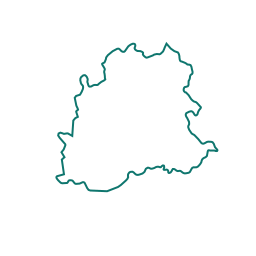 the Autonomous Community of Soria, rotated 325°
{"feature_id": "ESP-5845", "entity_name": "Soria", "entity_type": "Autonomous Community", "adm_level": 1, "iso_a3": "ESP", "parent_name": "Spain", "parent_adm1": "", "projection": "orthographic", "projection_center": [-2.461, 41.603], "detail": "fine", "context": "isolated", "style": "outline", "palette": "teal", "viewbox_px": 256, "rotation_deg": 325, "n_neighbors": 0, "source": "natural_earth", "source_scale": "10m", "svg_char_len": 4383}
<svg xmlns="http://www.w3.org/2000/svg" viewBox="0 0 256 256"><g transform="rotate(325 128 128)"><path d="M207.9,81.0L208.6,87.5L210.1,91.7L212.2,94.7L212.2,95.7L212.0,96.8L211.6,97.9L211.2,98.8L210.6,99.7L209.6,101.7L209.3,102.8L209.6,103.8L210.3,104.6L212.0,107.2L212.8,108.9L213.0,109.9L213.6,110.6L214.3,111.0L215.3,112.3L215.1,114.1L214.6,115.3L214.0,116.6L213.2,118.8L212.4,120.0L211.5,120.5L210.5,120.4L209.5,120.6L208.5,121.2L207.4,122.5L206.5,123.3L204.6,124.3L203.0,126.4L202.4,127.3L201.7,127.8L200.9,128.1L199.0,127.5L198.2,127.1L197.6,127.1L197.1,127.2L196.6,127.6L196.0,128.0L195.3,128.9L195.0,129.8L195.1,130.7L195.3,131.6L195.9,132.2L196.5,135.9L196.3,140.6L196.7,142.7L197.3,144.3L198.0,145.1L198.6,146.0L198.9,147.2L199.6,152.8L199.1,153.3L198.2,153.7L197.2,153.9L196.3,154.2L194.6,155.1L192.9,156.5L192.0,156.8L191.2,156.8L190.5,156.4L190.2,155.6L190.2,154.7L190.3,153.6L190.3,152.5L190.1,151.6L189.7,150.8L189.0,150.3L187.3,149.7L184.3,149.3L183.2,149.9L182.6,150.8L182.3,151.8L182.2,152.8L182.2,153.8L182.0,155.0L181.5,158.0L180.9,159.0L180.3,159.9L179.6,160.4L178.9,160.7L178.3,161.2L177.7,162.1L177.1,164.6L177.0,169.0L177.8,170.8L178.2,171.5L178.4,172.3L179.2,177.4L179.5,182.3L179.9,183.3L180.6,184.0L181.4,184.3L183.3,184.6L184.2,184.6L185.2,184.9L186.0,185.3L188.2,187.0L189.1,188.1L189.2,190.1L188.3,193.5L188.5,196.0L188.7,196.8L188.5,197.5L187.9,197.9L187.2,197.6L186.5,197.0L186.0,196.2L185.3,195.6L182.9,194.0L182.1,193.3L181.5,192.6L180.7,192.4L179.9,192.9L176.7,196.1L175.7,196.3L174.8,196.4L172.5,196.0L170.7,196.3L169.5,197.1L168.4,198.1L167.1,198.7L165.6,199.2L163.1,199.7L161.7,199.5L159.9,198.4L159.2,197.8L157.9,197.5L156.7,197.9L153.5,199.5L152.1,199.5L149.4,198.3L148.3,197.6L147.6,196.7L147.2,195.8L146.6,193.8L146.2,193.1L145.6,192.6L144.3,192.0L143.8,191.6L143.6,191.2L143.2,190.6L143.0,189.7L142.6,188.7L142.1,187.9L141.2,187.3L140.3,187.6L139.3,188.2L137.6,188.8L136.5,188.7L135.7,188.3L135.5,187.6L136.3,186.1L136.4,185.3L135.9,184.3L134.1,183.4L133.4,182.7L133.5,182.2L135.0,181.1L135.5,180.3L135.8,179.5L135.2,178.7L134.4,178.6L133.4,178.7L132.5,178.9L131.8,178.6L131.2,177.8L130.4,176.9L128.8,176.1L126.4,175.8L124.6,175.2L123.5,174.6L122.9,173.7L122.4,172.8L121.6,171.9L120.3,171.7L119.2,171.7L118.3,172.2L117.4,172.8L116.3,173.4L113.8,173.6L110.0,172.5L108.8,171.8L108.0,171.0L107.4,169.2L107.3,168.2L107.0,167.2L106.5,166.3L104.7,165.3L103.5,165.2L102.3,165.6L101.5,166.0L100.9,166.7L100.3,167.5L100.0,168.3L98.4,169.3L96.2,169.8L89.5,170.6L86.0,170.6L74.6,167.8L61.3,157.6L60.2,156.1L60.1,153.9L61.0,148.2L60.9,147.6L60.6,147.0L59.8,146.4L56.5,145.8L53.3,143.9L52.9,143.4L52.6,142.7L52.4,139.5L52.1,138.9L51.1,137.9L49.9,137.2L49.2,137.1L47.3,138.0L46.6,138.1L42.5,135.6L41.7,134.7L41.3,133.5L40.8,130.7L40.7,128.6L40.9,127.6L41.4,127.0L42.2,126.8L49.0,129.2L55.7,115.9L59.2,115.5L59.6,109.7L63.0,108.7L66.8,106.2L67.1,105.8L67.3,105.2L66.4,96.9L66.5,94.1L68.0,92.7L69.9,93.0L71.4,94.9L71.8,95.6L72.2,96.1L74.9,97.4L75.6,97.9L77.8,102.5L87.5,90.5L90.5,89.7L93.3,90.1L94.7,85.5L95.0,84.8L95.9,84.4L96.8,84.5L97.6,84.3L98.0,83.0L98.5,80.1L101.7,72.7L103.9,72.0L107.8,73.2L110.8,71.8L113.5,70.1L114.6,68.9L115.2,67.7L115.2,66.7L115.0,65.7L115.1,64.8L115.3,63.9L115.8,62.8L116.2,61.7L117.4,60.2L118.6,59.5L121.2,59.2L122.2,59.5L123.0,60.0L123.3,60.8L123.5,61.7L123.5,62.7L123.1,64.6L122.6,65.4L121.3,66.7L120.9,67.5L120.7,68.4L120.3,69.4L120.0,70.4L119.9,71.4L120.4,72.2L121.8,72.9L123.3,73.0L124.5,73.2L125.6,73.7L127.4,75.1L128.2,75.3L128.6,75.3L129.0,75.1L132.6,74.9L135.4,75.3L137.2,75.2L137.3,75.0L137.5,74.6L137.7,73.9L138.8,72.2L139.9,70.1L140.3,69.0L140.8,68.2L141.4,67.6L142.0,67.2L142.5,66.8L142.9,66.1L143.1,64.3L143.2,62.2L143.3,61.2L143.6,60.6L144.2,60.5L146.3,60.8L147.1,60.4L149.4,58.9L150.6,57.7L153.3,56.8L159.5,56.3L164.5,56.9L165.5,57.4L166.0,57.9L166.3,58.8L166.5,59.7L166.6,60.7L166.9,61.7L167.5,62.6L168.5,63.3L169.5,63.3L175.0,61.3L176.8,61.2L178.6,61.3L180.2,61.7L181.1,62.3L181.7,63.1L181.6,64.0L181.2,64.8L180.4,65.5L179.7,65.9L179.1,66.6L178.9,67.4L179.0,68.4L179.4,69.4L179.9,70.3L182.3,72.2L183.3,73.9L183.5,74.6L183.5,75.0L183.3,75.3L182.9,75.7L182.4,76.3L182.3,77.2L182.4,78.1L182.9,80.0L183.4,80.9L184.4,81.4L189.9,82.8L191.6,82.9L194.0,83.9L195.0,84.7L196.1,85.7L197.1,85.9L199.4,85.6L200.6,85.4L201.5,84.9L203.3,83.8L204.1,83.2L207.9,81.0Z" fill="none" stroke="#0f766e" stroke-width="2"/></g></svg>